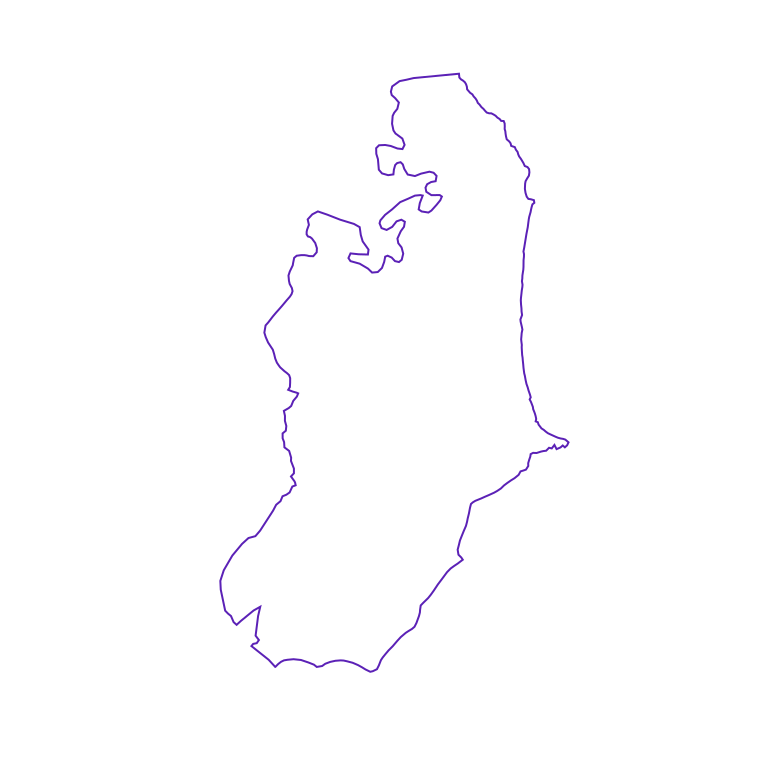 outline of Damnak Chang'aeur, Kep, Cambodia, rotated 219°
{"feature_id": "14789045B40625138600094", "entity_name": "Damnak Chang'aeur", "entity_type": "district", "adm_level": 2, "iso_a3": "KHM", "parent_name": "Cambodia", "parent_adm1": "Kep", "projection": "orthographic", "projection_center": [104.383, 10.512], "detail": "fine", "context": "isolated", "style": "outline", "palette": "violet", "viewbox_px": 768, "rotation_deg": 219, "n_neighbors": 0, "source": "geoboundaries", "source_scale": "gbopen_adm2", "svg_char_len": 5655}
<svg xmlns="http://www.w3.org/2000/svg" viewBox="0 0 768 768"><g transform="rotate(219 384 384)"><path d="M290.5,95.7L290.4,95.9L290.0,99.8L289.2,103.3L287.8,106.3L285.4,109.0L281.1,113.2L274.8,117.3L267.5,120.0L261.8,121.8L258.2,121.8L254.6,125.9L253.6,129.6L250.9,134.2L247.6,138.3L243.8,141.9L241.3,143.7L238.1,145.3L233.0,147.6L230.2,148.4L227.3,149.2L222.8,150.0L218.8,150.5L213.6,151.7L212.0,153.7L210.0,157.9L210.9,162.1L211.7,164.6L212.6,167.5L212.9,170.7L212.9,175.1L212.8,179.9L212.2,185.8L212.1,189.8L212.0,193.2L211.7,197.9L210.5,204.3L209.5,207.4L208.1,211.3L207.5,214.5L208.4,218.7L209.5,221.9L210.8,225.7L212.3,229.0L213.9,231.3L216.1,235.0L215.8,238.6L215.0,245.3L215.0,249.5L215.3,254.7L216.0,262.2L216.2,268.1L216.4,272.8L216.6,277.4L216.1,282.6L215.0,286.7L213.7,290.9L213.0,293.8L212.2,297.0L214.7,297.8L218.7,298.2L222.5,301.6L224.3,305.6L226.5,310.2L228.0,315.0L229.5,319.9L231.0,325.3L232.7,329.1L234.4,332.3L236.5,336.8L239.3,342.0L240.9,345.5L240.5,347.9L239.5,350.7L236.4,356.3L234.6,359.9L232.7,363.5L230.0,368.9L228.7,372.2L227.4,376.4L226.9,380.7L225.9,384.7L224.6,389.2L223.3,392.9L222.2,398.1L222.9,402.0L221.1,404.7L219.8,406.8L220.3,411.1L222.1,413.2L223.4,416.3L224.6,419.6L225.9,421.8L224.8,424.3L222.0,426.4L219.5,430.2L218.0,432.1L216.0,434.2L215.6,438.3L213.1,439.5L213.2,443.9L208.9,442.0L206.9,445.8L206.4,448.7L203.6,448.6L203.1,451.6L203.9,454.8L208.1,454.9L210.2,454.1L212.5,452.8L215.0,451.7L217.4,451.0L219.7,450.4L223.2,449.5L225.7,448.9L228.4,448.8L230.9,448.9L233.7,448.6L236.1,449.2L238.3,449.7L240.4,451.1L242.6,450.4L243.7,452.6L246.0,454.5L248.0,455.9L250.0,457.1L252.2,458.3L253.9,459.9L256.3,461.3L258.4,462.5L261.1,463.7L261.6,466.0L264.0,467.7L267.7,470.0L270.2,471.8L273.3,473.7L276.2,476.0L279.8,479.1L281.7,480.5L283.4,482.1L285.7,484.3L288.3,487.0L291.0,489.7L292.8,491.6L294.9,493.5L298.3,497.2L300.1,499.2L301.5,501.1L303.9,503.4L305.5,505.0L307.8,508.4L309.1,510.3L310.7,513.4L313.0,515.3L317.0,518.4L318.6,520.0L320.1,524.5L322.7,526.9L324.8,529.3L327.5,532.0L330.4,535.2L331.8,537.2L334.1,540.8L335.8,543.4L337.5,546.4L338.8,548.3L341.5,550.7L342.9,553.0L344.7,555.4L346.4,558.3L347.6,560.4L349.3,562.8L353.5,568.1L355.3,570.9L357.0,573.1L359.0,574.7L360.9,578.3L367.7,590.2L371.0,596.4L373.5,600.4L375.2,603.2L376.3,605.2L378.3,609.9L379.5,612.1L380.6,614.4L381.7,617.0L381.2,619.4L383.2,621.2L386.1,620.0L388.3,618.7L391.0,619.4L394.3,621.6L397.3,624.3L400.4,628.5L401.6,630.7L402.1,633.7L402.5,637.1L404.2,640.0L406.5,642.3L409.0,642.9L411.8,642.0L414.8,643.5L419.2,645.1L422.2,645.9L424.3,647.0L426.2,648.4L429.0,649.1L431.4,650.4L435.0,649.1L437.1,650.7L439.3,651.3L442.6,651.4L445.0,653.2L447.0,655.0L448.8,656.8L450.7,658.1L452.2,660.1L454.2,662.4L456.5,663.7L458.5,662.2L460.9,662.7L463.5,662.4L466.1,662.7L468.4,662.4L470.9,661.9L472.7,660.5L475.0,659.6L477.3,659.9L479.9,660.4L482.5,660.5L485.7,661.3L488.0,661.5L490.2,662.7L492.6,663.5L495.3,663.9L497.6,664.7L500.3,664.5L502.5,664.9L504.8,665.3L506.7,667.2L508.7,668.5L511.0,669.4L513.7,669.5L515.9,669.2L518.3,669.6L521.0,672.3L553.5,640.4L558.1,634.5L562.5,629.2L564.9,620.4L562.6,615.5L559.8,613.4L555.4,613.2L549.6,612.1L546.8,606.2L546.8,601.2L546.0,597.8L541.5,591.3L536.2,587.0L532.7,585.9L524.2,586.3L518.5,582.8L517.5,578.2L521.7,575.5L528.6,573.2L533.5,570.5L538.1,566.4L538.5,562.3L534.8,558.0L530.2,554.9L522.9,547.3L518.1,546.4L512.2,548.9L508.6,552.8L511.2,556.8L513.1,561.2L512.8,564.0L510.7,566.8L507.6,566.5L503.6,563.9L497.4,561.7L490.8,565.1L487.6,570.8L482.3,577.6L478.4,579.4L474.1,578.8L471.5,574.1L474.5,570.6L476.2,566.4L475.3,562.7L472.1,560.0L466.0,560.6L459.6,565.9L457.0,566.1L455.9,562.2L455.9,556.4L456.3,548.6L457.4,545.2L463.3,541.8L466.9,541.5L470.0,547.1L472.5,554.8L474.6,553.7L478.5,549.9L481.9,543.1L485.9,535.5L487.6,524.8L489.6,516.1L489.8,508.9L488.6,506.1L484.0,503.6L478.9,505.4L476.5,511.3L476.6,518.3L473.9,522.6L469.9,523.2L467.4,518.8L467.1,513.3L465.1,505.5L461.5,502.4L456.3,501.2L451.1,497.4L448.4,491.7L449.1,488.2L452.8,486.4L457.6,487.1L461.9,486.0L463.2,483.7L460.7,479.0L458.6,472.9L459.3,467.1L460.9,465.5L463.4,463.1L469.1,463.6L478.6,462.2L487.4,458.4L490.9,459.5L492.2,464.4L485.3,468.9L478.0,474.5L480.6,478.7L490.3,481.4L495.8,485.2L501.6,490.6L508.1,489.5L521.5,484.1L534.7,479.9L544.0,476.5L546.5,470.7L546.9,463.9L542.5,460.4L540.9,455.6L539.9,453.6L538.3,451.6L536.0,450.8L533.8,451.7L531.5,451.7L528.5,450.9L526.2,450.3L521.6,447.3L519.2,444.0L519.4,438.8L522.7,436.3L524.9,435.3L526.9,434.1L529.3,432.2L532.6,428.7L533.2,425.5L530.7,420.7L529.6,418.8L528.6,414.6L528.0,412.1L526.5,408.2L522.8,404.4L520.3,402.4L516.0,400.6L513.5,398.6L512.4,395.7L512.1,392.7L512.3,387.7L512.4,380.5L512.6,375.4L512.8,371.5L512.9,366.5L512.7,358.9L512.9,355.0L509.3,348.6L505.4,346.0L500.2,343.3L492.0,340.7L488.3,338.2L484.5,335.3L480.7,333.2L477.8,332.3L475.2,331.6L469.6,331.3L466.1,331.4L463.3,331.2L460.6,329.5L457.8,326.0L455.2,322.4L454.8,319.2L450.4,320.6L446.3,322.3L444.8,322.7L443.8,319.4L443.9,313.8L442.3,308.5L442.9,305.3L444.9,300.1L440.9,296.9L437.8,293.0L433.5,289.9L430.9,285.9L431.7,281.8L428.6,278.0L425.1,276.0L421.5,272.1L415.6,272.3L409.8,268.3L407.9,265.7L400.8,261.6L397.8,257.9L398.1,253.6L392.2,252.0L390.9,251.3L388.9,249.7L390.7,246.6L389.1,240.3L390.2,236.5L392.2,232.9L390.7,227.8L391.8,222.3L390.5,215.7L388.0,192.1L388.2,184.8L392.4,179.0L393.7,170.4L393.9,155.2L391.3,138.4L387.3,128.0L381.4,121.4L364.8,107.9L360.7,107.4L356.9,107.4L351.0,104.3L347.0,104.1L346.1,109.9L342.8,125.9L340.0,133.0L335.8,124.4L325.4,107.6L320.1,106.3L319.8,102.5L322.1,99.7L322.1,96.9L300.1,97.1L290.5,95.7Z" fill="none" stroke="#5b21b6" stroke-width="2"/></g></svg>